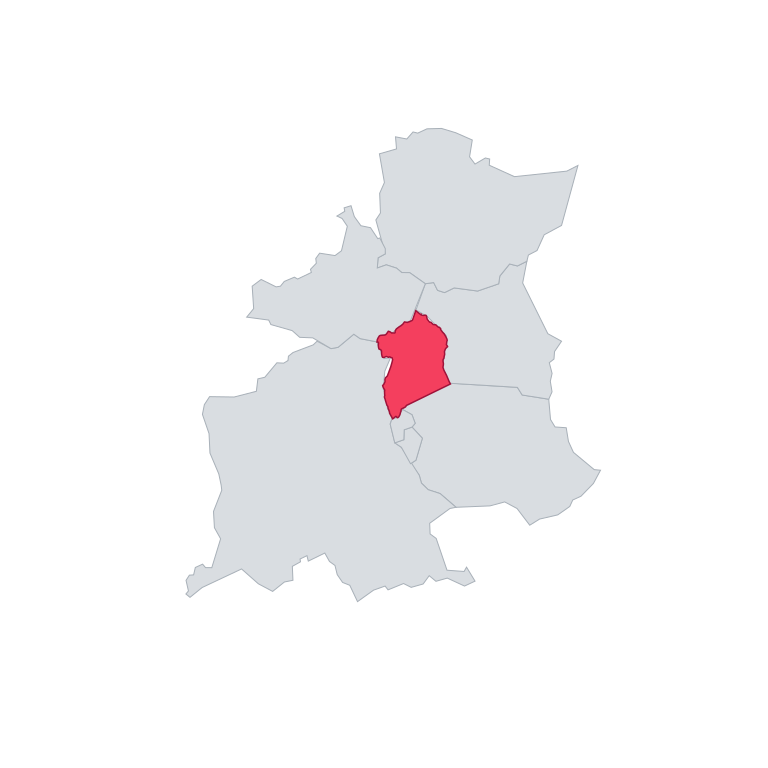 map of Uganda with United Republic of Tanzania, Democratic Republic of the Congo, Kenya and 4 others greyed out, rotated 334°
{"feature_id": "UGA", "entity_name": "Uganda", "entity_type": "country or territory", "adm_level": 0, "iso_a3": "UGA", "parent_name": "Africa", "parent_adm1": "", "projection": "orthographic", "projection_center": [32.128, 1.375], "detail": "fine", "context": "with_neighbors", "style": "filled", "palette": "rose", "viewbox_px": 768, "rotation_deg": 334, "n_neighbors": 7, "source": "natural_earth", "source_scale": "50m", "svg_char_len": 5993}
<svg xmlns="http://www.w3.org/2000/svg" viewBox="0 0 768 768"><g transform="rotate(334 384 384)"><path d="M443.7,412.3L502.4,445.5L503.4,454.5L525.4,469.9L518.1,488.9L518.9,497.6L528.6,503.2L524.6,516.5L524.3,528.5L535.4,553.1L540.8,556.4L528.6,565.2L511.9,571.2L502.8,571.0L497.3,575.5L482.8,577.8L464.6,573.6L453.1,574.8L449.0,554.2L440.8,542.9L425.8,540.0L394.7,526.4L386.4,507.1L377.4,498.4L374.2,489.5L375.7,481.5L372.9,467.3L379.3,466.5L394.7,449.6L390.3,435.0L394.8,433.0L395.7,423.9L389.5,415.1L395.0,413.3L443.7,412.3Z" fill="#d9dde1" stroke="#a8b0b8" stroke-width="1"/><path d="M371.9,448.6L375.7,481.5L374.2,489.5L377.4,498.4L386.4,507.1L394.7,526.4L388.7,524.8L364.0,529.2L359.7,539.0L363.2,545.7L359.0,579.0L373.8,587.6L377.9,584.8L379.4,601.1L367.8,600.9L355.8,586.2L344.2,584.1L340.6,576.1L331.5,580.9L319.3,578.7L314.1,571.9L297.4,570.8L296.4,566.1L284.3,564.7L264.8,568.0L265.0,549.9L259.8,544.2L258.4,534.8L260.4,525.6L257.2,519.6L256.7,510.0L238.3,510.0L239.5,504.5L231.8,504.5L231.0,507.2L221.7,507.7L216.1,520.5L207.7,518.3L193.0,521.6L183.5,508.5L174.9,487.8L131.3,487.2L116.1,490.7L113.9,485.9L117.5,484.3L120.0,473.7L125.3,470.5L129.2,472.1L134.0,466.2L142.0,466.4L143.1,470.8L148.7,473.6L169.3,451.5L168.6,438.8L174.9,423.8L191.6,408.4L193.3,403.5L196.1,392.4L197.3,369.8L205.0,351.9L207.5,331.7L213.5,323.8L221.7,318.9L243.6,330.0L266.1,334.6L272.9,324.1L279.8,325.7L297.0,318.0L303.0,321.3L308.0,320.8L310.3,317.1L316.1,315.8L337.5,317.8L342.6,316.2L351.9,329.0L358.8,330.9L378.7,326.0L382.4,332.7L396.0,343.0L395.1,361.2L401.3,363.3L390.3,372.9L381.1,388.2L380.2,400.7L376.6,406.6L376.5,418.3L372.0,422.7L367.9,441.6L371.9,448.6Z" fill="#d9dde1" stroke="#a8b0b8" stroke-width="1"/><path d="M525.4,469.9L503.4,454.5L502.4,445.5L443.7,412.3L443.5,395.8L461.2,367.9L452.5,342.3L445.2,331.5L465.1,312.0L473.1,314.6L473.2,323.3L478.5,328.4L489.2,328.4L508.9,341.5L531.0,344.2L535.5,337.7L549.5,331.2L555.7,336.4L566.2,336.3L552.9,354.0L553.3,410.6L562.3,423.4L551.5,429.6L547.7,436.1L541.9,437.3L539.7,448.2L534.7,454.4L531.6,464.7L525.4,469.9Z" fill="#d9dde1" stroke="#a8b0b8" stroke-width="1"/><path d="M390.3,435.0L394.7,449.6L379.3,466.5L372.9,467.3L371.9,448.6L367.9,441.6L377.4,442.8L382.1,434.0L390.3,435.0Z" fill="#d9dde1" stroke="#a8b0b8" stroke-width="1"/><path d="M654.1,272.6L613.1,319.3L593.4,320.1L580.1,331.1L570.3,331.4L566.2,336.3L555.7,336.4L549.5,331.2L535.5,337.7L531.0,344.2L508.9,341.5L489.2,328.4L478.5,328.4L473.2,323.3L473.1,314.6L465.1,312.0L455.9,295.2L448.8,291.6L446.1,285.4L438.3,277.9L428.8,276.8L434.0,268.0L442.2,267.6L448.6,233.0L455.8,228.7L463.7,210.7L472.7,203.1L480.8,175.1L498.3,178.2L502.7,166.9L511.9,173.8L520.6,170.2L524.3,173.3L534.5,173.5L547.7,179.5L558.6,189.6L570.3,203.4L560.5,217.3L562.2,226.2L574.2,225.3L577.6,228.1L574.5,233.5L592.1,254.8L641.6,272.8L654.1,272.6Z" fill="#d9dde1" stroke="#a8b0b8" stroke-width="1"/><path d="M389.5,415.1L395.7,423.9L394.8,433.0L390.3,435.0L382.1,434.0L377.4,442.8L367.9,441.6L372.0,422.7L376.5,418.3L380.3,419.9L389.5,415.1Z" fill="#d9dde1" stroke="#a8b0b8" stroke-width="1"/><path d="M396.0,343.0L382.4,332.7L378.7,326.0L358.8,330.9L351.9,329.0L340.2,311.3L328.7,305.1L324.9,295.8L308.4,281.0L308.4,276.0L289.9,263.7L299.9,259.1L308.4,238.3L319.4,236.2L329.6,249.4L333.8,250.7L339.3,248.1L350.3,248.7L352.4,251.8L367.6,251.9L368.2,248.7L376.1,245.8L377.7,241.3L383.5,238.2L396.3,247.1L404.2,245.6L420.2,226.1L418.9,216.9L415.3,212.4L424.4,211.6L425.4,208.2L432.5,209.3L430.7,220.5L432.6,231.6L440.4,237.6L442.1,250.6L444.2,250.9L444.5,262.9L442.2,267.6L434.0,268.0L428.8,276.8L438.3,277.9L446.1,285.4L448.8,291.6L455.9,295.2L465.1,312.0L435.6,338.6L424.7,338.6L412.3,342.2L402.4,338.8L396.0,343.0Z" fill="#d9dde1" stroke="#a8b0b8" stroke-width="1"/><path d="M443.7,413.1L442.0,413.1L439.2,413.1L436.4,413.1L433.7,413.1L430.9,413.1L428.2,413.1L425.4,413.1L422.6,413.1L419.9,413.1L417.1,413.1L414.3,413.1L411.6,413.1L408.8,413.1L406.1,413.1L403.3,413.1L400.5,413.1L397.8,413.1L396.1,413.1L395.8,413.0L395.6,413.0L394.5,413.2L393.5,413.9L392.3,414.1L391.1,414.0L390.9,414.1L390.3,414.1L389.4,414.0L388.6,414.2L388.0,414.8L387.4,415.8L386.2,417.0L385.4,418.0L384.6,418.8L382.9,420.0L381.9,420.3L381.5,420.3L381.2,420.1L380.7,418.5L380.3,418.3L377.0,419.1L376.5,419.1L376.5,418.6L376.3,414.9L376.2,412.7L376.7,411.3L376.9,409.7L376.9,408.2L377.6,405.8L377.3,404.4L378.1,399.3L378.3,398.4L378.6,396.0L379.1,395.2L379.6,394.9L380.1,393.4L381.2,391.0L382.0,389.8L381.8,387.0L382.0,385.2L382.1,384.8L383.8,384.1L385.9,382.4L386.8,380.4L388.0,379.1L390.4,378.3L390.5,378.3L397.7,371.4L401.0,367.7L402.5,365.8L402.5,365.1L402.8,364.2L402.2,363.5L401.5,362.8L401.3,362.3L400.7,362.0L399.8,362.0L399.3,361.5L398.6,360.7L398.0,360.2L395.9,360.2L394.4,359.4L394.4,358.2L395.0,355.9L396.2,353.3L396.3,352.6L396.1,351.9L395.8,351.4L395.3,350.9L394.8,350.3L395.2,348.4L395.9,346.5L396.5,345.6L397.1,344.6L397.0,343.7L396.1,343.3L396.5,342.5L397.5,341.1L399.3,339.7L401.0,338.7L402.0,338.7L404.1,339.5L406.0,340.3L407.1,340.4L408.3,340.0L411.0,338.5L411.6,339.0L412.4,339.9L413.2,341.5L414.8,342.2L415.6,342.7L416.2,342.8L416.5,342.7L417.1,341.5L417.9,340.8L419.3,339.9L422.4,339.3L424.6,339.1L425.5,338.9L427.1,338.5L429.6,337.2L432.0,338.9L434.6,339.2L437.2,339.2L438.0,338.7L438.4,338.3L441.1,335.6L444.7,332.0L447.1,337.1L448.0,337.4L447.9,337.8L447.7,338.3L449.2,339.5L451.2,340.2L451.9,340.8L452.0,341.5L451.3,344.5L451.4,345.3L452.1,348.4L453.2,349.0L454.3,352.1L456.3,353.4L456.6,353.7L457.1,355.2L457.8,356.8L458.3,357.2L458.6,357.3L459.2,359.0L458.8,359.9L459.3,362.9L460.1,365.5L460.3,368.6L460.3,369.9L460.3,370.8L460.1,372.0L459.8,372.7L459.1,373.3L458.4,374.4L457.7,375.5L457.3,376.0L457.6,377.7L457.6,378.2L457.4,378.4L456.4,378.6L455.2,379.1L454.5,379.5L453.5,380.4L452.6,381.3L451.5,384.0L449.7,386.2L449.4,386.9L447.7,388.1L446.9,389.7L446.4,391.6L445.7,392.9L444.3,394.8L443.9,397.8L444.0,403.7L443.6,410.4L443.7,413.1Z" fill="#f43f5e" stroke="#9f1239" stroke-width="1.5"/></g></svg>